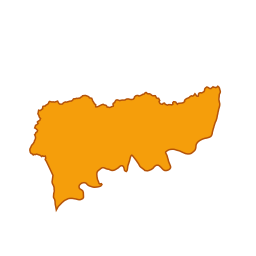 the district of São Salvador do Tocantins, Tocantins, Brazil, rotated 68°
{"feature_id": "56859067B16316133486667", "entity_name": "São Salvador do Tocantins", "entity_type": "district", "adm_level": 2, "iso_a3": "BRA", "parent_name": "Brazil", "parent_adm1": "Tocantins", "projection": "orthographic", "projection_center": [-48.352, -12.54], "detail": "fine", "context": "isolated", "style": "filled", "palette": "amber", "viewbox_px": 256, "rotation_deg": 68, "n_neighbors": 0, "source": "geoboundaries", "source_scale": "gbopen_adm2", "svg_char_len": 5915}
<svg xmlns="http://www.w3.org/2000/svg" viewBox="0 0 256 256"><g transform="rotate(68 128 128)"><path d="M88.5,209.8L90.1,209.6L90.7,211.1L90.9,212.7L92.1,213.7L93.0,214.5L93.9,213.7L95.0,213.2L96.3,212.7L97.4,213.6L97.8,215.2L98.8,216.0L99.2,217.1L100.2,217.0L101.3,217.1L102.2,217.3L103.2,217.8L104.2,218.7L104.9,219.6L105.7,220.0L106.3,220.9L107.0,221.8L107.9,223.7L108.5,224.4L109.5,225.4L110.5,226.6L111.7,227.3L113.9,227.7L115.2,227.4L116.3,226.4L117.5,226.0L117.2,225.0L117.9,224.1L117.9,222.6L118.7,221.6L119.4,220.9L120.0,220.0L121.2,219.2L122.2,218.7L121.8,217.6L122.8,216.7L123.1,215.2L124.4,215.4L125.4,215.7L125.9,216.5L126.9,216.5L128.2,216.2L138.2,215.6L140.6,215.5L143.8,215.3L149.5,218.6L151.1,218.9L152.2,218.8L153.2,218.7L154.5,218.7L155.8,218.9L157.2,219.5L158.3,219.7L159.5,220.3L160.9,221.4L162.1,222.0L163.1,222.5L164.2,223.0L165.2,223.0L166.2,222.8L167.5,222.9L168.6,223.1L171.3,224.0L172.9,224.3L175.0,224.7L175.9,224.9L177.2,225.2L176.4,224.2L174.9,222.4L174.4,221.6L174.0,220.6L173.5,219.5L172.9,218.1L172.3,216.8L172.0,215.7L171.5,214.3L171.3,212.9L171.3,211.8L171.1,210.3L171.3,208.9L171.7,207.7L172.2,206.4L172.7,205.5L173.4,204.4L174.1,203.2L174.8,202.2L175.5,201.3L176.2,200.2L176.6,199.0L176.6,197.9L176.5,196.4L175.7,195.3L174.8,194.9L171.1,193.6L169.5,193.5L168.0,194.2L166.8,195.2L165.5,195.7L164.0,195.4L162.9,194.6L162.2,193.3L161.8,191.8L161.9,190.4L162.2,189.2L162.8,188.3L163.4,187.6L164.7,187.1L166.0,186.5L166.8,185.9L167.6,185.1L168.4,184.1L169.2,183.2L169.9,182.2L170.4,181.2L170.7,180.3L171.0,179.2L171.3,178.1L171.5,176.9L171.6,175.7L171.4,174.4L170.6,173.3L169.6,173.6L169.4,175.0L168.6,175.6L167.3,175.5L165.7,175.5L164.5,175.6L163.5,175.4L162.6,175.2L161.5,175.0L160.6,174.7L159.5,174.4L158.5,173.9L157.7,173.5L156.8,172.5L156.3,171.4L155.9,169.9L155.4,168.4L155.2,167.2L155.3,166.3L155.8,165.3L156.4,164.6L157.3,163.8L158.0,163.0L158.5,162.3L159.1,161.2L160.1,160.3L161.1,159.2L161.6,158.2L161.9,156.9L161.9,155.5L161.7,154.3L161.5,153.1L161.3,151.9L160.8,150.7L160.4,149.5L160.4,148.5L160.9,147.3L162.2,146.7L163.6,146.7L164.8,146.9L165.9,147.1L166.9,146.7L167.7,145.9L167.1,144.8L166.0,144.0L163.0,142.3L161.6,141.1L159.8,139.6L159.0,138.9L157.9,138.1L157.0,137.5L156.1,136.8L155.1,135.9L154.6,134.6L155.6,134.1L156.6,133.8L159.0,133.1L160.2,132.8L161.1,132.5L162.1,132.3L163.6,132.0L165.3,131.6L166.7,131.5L168.0,131.3L169.0,130.9L169.8,130.4L172.7,128.7L173.7,128.3L174.4,127.1L175.0,126.0L175.2,124.5L175.2,122.2L175.0,121.1L174.7,119.9L174.2,119.0L173.6,117.8L173.2,116.3L173.3,115.1L174.0,113.7L175.0,113.0L176.1,112.5L177.1,112.0L178.3,111.6L179.9,110.9L181.0,110.1L181.7,108.8L182.0,107.4L182.0,106.2L181.7,104.7L180.8,103.4L179.5,102.9L178.0,102.9L176.9,102.9L175.8,102.9L174.7,102.9L173.6,102.8L172.3,102.6L171.2,102.5L170.1,102.4L168.7,102.2L167.4,102.2L166.3,102.3L165.1,102.4L164.3,102.0L163.9,100.8L163.7,99.6L163.5,98.7L163.6,97.6L163.8,96.5L164.2,95.2L164.7,93.9L165.3,92.9L166.3,91.7L167.2,90.6L167.9,89.6L168.8,88.5L170.7,86.8L171.7,85.8L172.5,85.0L173.3,84.2L173.9,83.2L174.4,82.4L174.8,81.4L175.1,80.3L175.2,79.3L175.0,78.1L174.6,76.7L174.1,75.3L173.7,74.4L173.1,73.6L172.1,72.8L171.1,72.2L170.2,71.8L169.4,71.3L168.7,70.8L167.9,69.8L167.2,68.6L166.7,67.1L166.4,65.7L166.3,64.6L166.2,63.2L166.3,61.5L166.4,60.3L166.7,59.2L166.9,57.7L167.0,55.9L166.9,54.6L166.5,53.8L165.9,53.0L164.8,52.1L163.7,51.5L162.9,50.9L160.6,49.2L159.7,48.4L158.8,47.8L157.7,46.9L156.5,45.9L155.3,44.9L154.4,43.8L153.1,42.7L152.1,41.9L149.4,40.2L148.4,39.4L147.6,39.0L145.5,37.5L144.4,36.8L143.6,36.1L142.8,35.5L142.0,34.9L141.0,34.3L139.7,33.8L138.3,33.6L136.8,33.3L135.6,33.1L134.4,32.5L133.5,32.0L132.6,31.5L131.5,31.0L130.6,30.3L129.9,29.4L129.0,28.8L128.0,28.6L126.7,28.5L125.4,28.3L124.0,28.5L122.9,29.1L123.5,30.5L123.5,31.5L122.8,32.2L122.5,33.1L121.6,33.7L122.0,34.9L122.5,36.4L121.8,37.7L120.7,38.3L119.5,39.5L119.9,41.2L120.6,42.3L121.6,42.8L122.7,43.8L122.9,45.1L123.1,46.5L122.4,47.7L122.3,48.9L122.9,49.9L123.9,50.4L124.8,51.1L124.3,52.2L123.0,52.6L121.3,53.1L122.3,54.6L122.7,56.1L121.9,57.2L122.1,58.7L122.7,60.0L122.7,61.3L122.7,62.8L123.1,64.3L123.6,65.2L124.6,65.5L125.1,66.8L125.2,68.0L124.9,69.3L124.4,70.8L124.0,72.3L124.5,73.3L123.2,73.8L121.9,74.0L121.3,74.7L120.7,75.9L121.4,77.1L122.8,77.5L123.0,78.8L122.4,79.6L121.9,80.7L121.5,81.7L121.6,82.8L120.8,83.7L119.9,84.6L118.6,84.8L118.3,86.1L118.9,87.3L118.1,88.5L117.1,89.2L116.1,89.3L115.1,89.3L114.5,88.3L113.2,88.4L111.9,88.5L111.4,89.8L110.6,90.4L109.4,90.4L108.3,90.6L107.8,91.7L107.5,92.8L106.5,93.8L105.3,94.3L104.3,95.3L103.9,96.5L103.2,97.3L102.0,97.7L101.7,98.6L102.1,99.5L102.6,100.5L102.3,101.8L102.6,103.0L102.6,104.5L102.5,105.9L101.7,106.4L101.2,107.4L101.1,108.9L101.7,110.4L102.7,111.1L103.3,112.5L102.9,114.1L102.2,115.5L101.4,116.4L100.9,117.5L100.6,118.7L100.9,120.1L100.6,121.4L100.1,122.4L99.7,123.8L99.5,125.5L98.7,126.4L97.8,127.6L97.7,128.7L98.6,130.1L99.5,130.9L99.5,132.2L100.2,133.0L101.3,133.0L102.3,133.6L102.1,134.9L102.2,136.3L102.1,137.4L101.3,138.4L100.8,139.5L99.5,139.6L98.6,140.0L97.9,141.2L96.7,142.2L96.6,143.9L96.7,145.4L96.9,147.7L96.8,148.9L96.2,150.0L95.2,149.6L94.1,149.2L93.2,150.0L91.4,150.2L89.7,150.6L88.3,150.5L86.9,150.5L86.1,151.6L85.6,152.5L84.5,152.6L83.5,153.4L82.0,155.1L81.5,156.4L81.1,158.1L81.7,159.1L81.8,160.4L82.3,161.5L81.9,162.5L81.7,163.7L81.2,164.5L81.1,166.0L80.6,167.6L81.5,169.0L81.8,170.5L81.3,171.9L81.2,173.2L81.1,174.3L81.0,175.4L80.4,176.3L80.4,177.7L80.6,178.8L81.2,179.7L80.9,181.0L80.2,182.4L79.2,182.9L77.9,183.1L76.7,183.2L76.6,184.7L76.5,186.4L75.7,187.6L75.4,188.8L74.0,190.7L74.4,191.8L75.2,192.3L75.9,193.7L76.0,195.4L76.6,196.4L76.3,197.5L76.1,198.8L77.1,199.5L78.2,199.9L78.4,201.3L79.0,202.5L78.6,203.4L78.0,204.2L78.9,204.8L80.0,205.4L80.8,206.1L81.8,206.2L82.9,205.9L83.9,206.1L85.2,206.1L86.4,205.5L87.1,206.2L87.9,207.0L88.0,208.5L88.5,209.8Z" fill="#f59e0b" stroke="#b45309" stroke-width="1.5"/></g></svg>